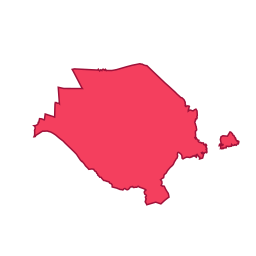 the district of Metepec, Hidalgo, Mexico, rotated 143°
{"feature_id": "50627088B82713167627307", "entity_name": "Metepec", "entity_type": "district", "adm_level": 2, "iso_a3": "MEX", "parent_name": "Mexico", "parent_adm1": "Hidalgo", "projection": "natural_earth1", "projection_center": [-98.35, 20.259], "detail": "fine", "context": "isolated", "style": "filled", "palette": "rose", "viewbox_px": 256, "rotation_deg": 143, "n_neighbors": 0, "source": "geoboundaries", "source_scale": "gbopen_adm2", "svg_char_len": 5454}
<svg xmlns="http://www.w3.org/2000/svg" viewBox="0 0 256 256"><g transform="rotate(143 128 128)"><path d="M159.2,55.4L150.5,52.1L147.4,47.6L142.4,48.1L138.3,48.2L136.9,48.1L135.9,50.0L135.2,51.6L135.1,53.9L134.8,56.5L134.1,59.7L135.0,60.7L135.3,60.6L136.1,62.1L134.1,63.4L133.2,64.8L133.0,65.4L133.2,65.7L133.2,67.0L132.7,66.9L131.9,67.2L130.8,67.1L129.4,66.9L127.6,68.7L126.8,69.0L125.0,69.0L124.5,69.1L122.4,70.1L120.8,70.5L118.2,71.1L115.8,71.3L115.3,71.3L113.7,71.7L111.2,73.1L109.5,73.7L108.2,74.3L107.0,74.4L105.8,75.3L105.1,75.8L104.7,77.0L103.4,78.2L103.1,78.4L102.5,78.3L102.2,78.0L102.0,77.6L101.5,75.8L101.4,74.3L101.8,73.2L103.0,71.3L102.7,70.2L100.7,70.0L98.8,69.5L97.7,68.6L96.4,67.2L95.5,66.9L95.0,67.0L94.7,66.6L93.9,66.7L93.7,66.4L93.2,66.6L92.9,66.2L92.5,66.3L91.8,66.1L91.9,65.9L91.6,65.2L90.7,65.2L91.2,64.0L91.0,63.5L90.5,63.8L90.1,64.6L89.9,65.4L88.7,65.4L88.7,62.0L88.3,61.4L89.5,60.2L86.5,59.1L83.7,61.2L83.6,61.6L83.6,62.1L84.4,63.3L84.2,64.0L83.5,63.6L83.2,63.8L83.1,63.7L83.0,63.3L82.6,62.1L82.3,61.9L81.7,62.1L80.6,61.9L80.5,61.7L80.3,61.1L80.1,60.9L79.8,61.0L79.2,61.6L78.8,62.6L78.5,62.9L78.0,63.0L78.5,63.0L77.7,63.3L78.5,63.2L78.5,63.9L77.5,64.0L77.4,65.2L77.1,65.2L76.9,66.7L76.2,66.6L76.0,67.0L75.6,67.0L75.6,68.2L75.9,68.4L76.8,68.2L77.5,69.3L76.8,70.1L76.9,70.9L78.3,71.7L78.2,71.9L78.6,72.4L78.6,72.8L79.1,73.0L79.8,74.0L79.9,75.1L78.8,75.5L79.7,76.9L79.4,78.9L80.5,78.7L80.4,80.2L79.5,80.3L79.2,80.5L78.7,81.2L78.4,81.5L77.6,82.6L77.3,83.4L76.4,84.3L76.1,84.8L75.9,84.9L74.8,84.9L74.4,85.1L74.0,85.6L73.2,87.3L72.9,87.6L72.7,88.1L72.5,89.1L72.1,89.8L71.9,90.6L71.6,91.0L71.6,91.4L71.2,92.6L70.0,93.1L69.5,93.7L69.1,93.7L68.8,94.3L68.7,94.4L68.1,94.4L67.8,94.0L67.4,94.0L67.1,94.2L67.0,94.4L66.7,94.7L66.7,94.8L66.3,95.0L66.2,95.2L66.2,95.6L66.1,95.8L65.1,96.3L62.6,100.1L62.4,102.2L64.2,102.6L65.3,102.4L66.2,103.0L67.1,104.4L67.7,105.1L68.2,105.2L69.8,105.2L69.5,105.6L68.7,106.2L68.4,106.6L67.6,107.0L66.6,108.0L66.0,108.3L66.1,108.8L67.1,109.8L67.7,110.1L68.5,110.1L68.8,110.2L69.0,110.9L68.9,111.4L68.8,111.5L68.4,111.4L68.3,111.5L68.1,112.1L67.8,112.5L67.6,113.2L67.4,113.6L66.8,114.1L66.7,114.5L66.8,115.0L66.4,115.9L66.3,116.5L66.3,117.2L66.7,119.6L67.5,120.6L68.5,125.9L68.7,127.7L70.4,137.0L71.2,140.9L71.4,141.9L73.8,156.4L75.4,166.5L76.2,167.1L77.4,168.7L78.2,170.3L78.4,170.7L78.8,170.8L79.6,171.7L79.7,172.1L86.7,175.5L92.6,177.9L101.8,181.4L104.1,182.5L106.4,183.7L110.3,186.7L110.4,187.0L110.9,186.9L111.4,187.9L110.9,187.9L110.8,188.4L111.9,188.2L112.1,189.4L112.6,189.4L112.7,190.0L113.8,190.1L114.3,189.6L114.5,189.9L114.8,190.9L116.3,190.6L116.3,192.8L117.2,192.6L117.2,192.4L135.3,207.5L137.3,208.4L137.6,206.1L140.7,187.5L140.7,187.0L147.9,192.4L155.7,198.4L159.2,202.5L168.2,188.6L168.3,189.1L168.6,189.7L168.8,189.9L169.7,190.4L169.7,190.5L169.9,191.4L170.3,191.6L170.7,192.1L171.1,191.8L172.0,190.9L180.0,180.9L185.7,189.0L189.8,184.9L190.1,184.9L190.4,185.5L190.8,186.0L190.9,186.5L191.2,186.7L191.4,187.2L193.0,188.7L195.9,186.2L196.2,186.2L196.4,186.4L197.0,185.7L198.0,185.3L198.7,185.3L200.2,185.5L201.7,186.4L201.5,185.6L201.6,184.9L201.8,184.5L202.6,183.2L203.2,183.0L204.1,182.3L204.9,181.0L207.0,178.4L208.4,177.6L208.1,177.4L207.1,177.0L206.5,177.4L206.3,177.6L198.1,176.9L197.0,176.0L194.2,174.1L193.5,173.0L192.3,171.6L191.1,169.1L190.0,166.1L188.8,160.8L187.6,156.6L187.3,153.8L185.4,142.0L184.9,138.0L185.2,133.3L185.3,131.2L185.2,130.1L185.1,129.1L184.7,129.0L184.5,125.8L184.6,124.7L184.7,123.4L184.2,120.0L184.2,118.6L181.6,117.1L180.7,116.2L180.2,115.5L180.4,115.0L180.4,114.7L180.3,114.4L180.4,113.6L179.8,112.1L180.2,110.5L179.9,110.0L180.0,109.4L180.1,109.1L180.5,108.7L180.3,107.8L180.3,107.4L180.1,107.0L180.1,106.6L180.2,105.8L179.3,104.9L179.1,104.7L179.1,104.2L179.3,103.6L179.2,103.4L179.0,100.8L178.6,100.3L178.0,100.0L177.7,99.2L177.2,98.6L177.0,98.4L177.0,98.1L175.5,96.4L175.5,96.2L175.7,95.9L175.8,95.5L175.8,95.1L175.5,94.7L175.4,94.2L175.1,93.9L174.9,93.5L174.9,92.2L176.1,90.4L173.1,86.7L172.1,84.9L171.7,84.5L171.5,83.9L171.2,83.5L170.3,82.8L169.6,81.8L169.3,81.6L168.8,81.6L168.5,81.9L166.9,81.6L166.7,81.3L166.5,80.2L166.2,79.6L165.4,78.9L164.1,78.8L161.6,79.4L161.2,79.3L160.8,78.9L160.5,78.8L160.2,78.9L159.7,78.7L159.4,78.3L159.6,77.7L159.6,77.4L159.1,76.9L157.5,76.2L157.4,76.0L156.6,75.4L155.0,75.4L154.7,74.9L154.6,74.1L152.3,70.7L150.9,68.1L151.1,67.6L151.3,67.6L151.7,67.8L151.9,67.5L152.6,67.6L153.1,67.3L153.3,67.3L153.7,66.9L154.4,65.2L154.3,64.7L154.0,64.2L154.0,63.2L154.1,62.8L154.7,62.5L155.7,62.4L156.1,61.3L156.0,60.8L156.5,60.4L156.7,59.9L156.9,59.8L157.4,59.8L157.6,59.4L158.0,59.1L158.4,59.0L158.4,58.6L158.6,58.3L158.9,58.0L158.9,57.6L158.8,57.3L158.8,56.8L159.2,55.4ZM66.1,56.3L65.9,56.3L66.3,55.8L65.9,55.2L64.3,54.9L64.5,54.3L63.0,54.1L61.5,53.1L60.5,54.2L58.9,52.9L58.9,52.6L58.1,52.2L56.3,51.2L56.2,51.4L55.8,51.7L55.2,52.4L55.1,51.6L54.5,50.7L53.3,50.2L52.8,50.5L52.4,50.0L52.1,49.1L51.7,49.0L51.2,49.3L50.2,49.5L49.5,48.9L48.8,49.4L48.4,50.4L47.8,50.2L47.6,50.7L48.4,52.1L48.8,51.9L48.8,54.7L48.4,54.7L48.2,55.1L48.3,57.1L48.0,58.0L48.0,58.4L48.5,59.2L48.5,59.5L48.4,59.8L48.2,60.1L48.1,60.4L48.4,62.8L48.9,63.5L53.5,61.6L56.9,64.7L59.0,65.0L61.1,63.3L62.6,60.2L63.0,58.9L63.0,58.6L62.7,58.2L62.4,57.9L62.2,57.9L62.0,57.6L62.1,57.4L62.5,57.2L63.2,57.2L63.4,57.4L63.6,57.8L63.4,58.9L63.5,59.0L63.7,59.6L64.6,59.9L65.8,59.0L64.9,58.5L64.9,58.0L65.5,56.9L66.1,56.3Z" fill="#f43f5e" stroke="#9f1239" stroke-width="1.5"/></g></svg>